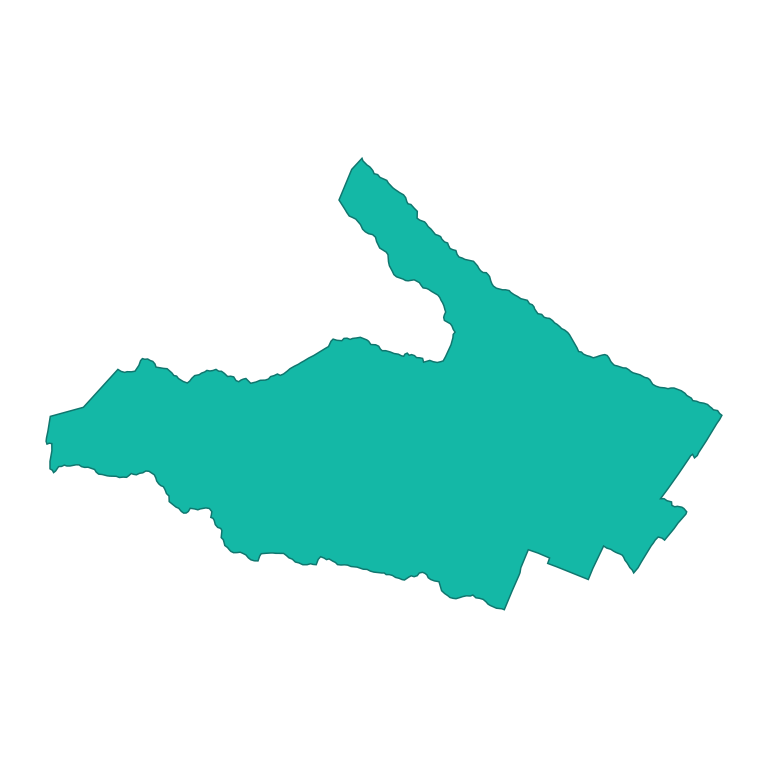 outline of Githunguri, Central, Kenya
{"feature_id": "3690345B4833769757076", "entity_name": "Githunguri", "entity_type": "district", "adm_level": 2, "iso_a3": "KEN", "parent_name": "Kenya", "parent_adm1": "Central", "projection": "albers", "projection_center": [36.787, -1.05], "detail": "fine", "context": "isolated", "style": "filled", "palette": "teal", "viewbox_px": 768, "rotation_deg": 0, "n_neighbors": 0, "source": "geoboundaries", "source_scale": "gbopen_adm2", "svg_char_len": 6105}
<svg xmlns="http://www.w3.org/2000/svg" viewBox="0 0 768 768"><path d="M351.7,169.4L339.0,200.0L344.8,209.1L346.8,212.5L349.2,216.0L352.4,217.4L355.8,219.1L360.5,224.6L362.6,229.2L365.3,231.8L368.6,233.7L372.6,234.6L375.5,237.2L376.6,241.6L379.7,248.0L386.2,252.1L388.0,254.7L388.5,261.8L389.4,265.8L392.3,271.2L393.9,274.6L396.5,276.8L403.1,279.1L405.6,280.5L408.2,280.8L414.2,279.8L419.4,282.6L421.1,285.3L423.1,287.9L426.5,288.4L428.7,289.4L431.4,291.3L437.9,295.1L439.8,297.5L441.1,300.4L442.6,302.8L443.9,305.8L444.9,309.6L445.7,312.0L444.3,315.1L443.7,317.4L444.4,320.4L450.4,323.8L452.0,326.1L453.3,329.5L455.1,332.1L453.2,334.4L452.9,337.8L451.0,344.8L445.6,356.5L443.2,360.9L440.7,361.7L437.3,362.5L433.2,361.7L429.8,360.4L423.6,362.2L422.6,358.4L419.7,357.8L416.5,357.6L414.5,355.6L411.5,354.6L409.2,355.3L407.2,353.1L404.9,354.2L403.7,356.3L401.5,355.8L398.4,354.2L394.0,353.5L390.4,352.0L385.7,350.7L382.2,350.7L380.4,349.1L378.7,346.2L375.7,344.8L370.8,344.5L368.7,341.3L366.8,339.9L360.3,337.3L356.3,338.0L352.7,338.4L350.1,339.4L347.1,338.2L344.0,338.4L341.8,340.7L336.9,340.3L333.1,339.1L331.0,341.2L328.5,346.6L325.5,348.3L313.6,355.6L308.8,358.0L303.7,361.1L301.3,362.4L298.3,364.3L294.4,366.2L290.0,368.7L287.4,371.0L283.5,374.0L280.2,375.4L277.4,374.0L274.1,375.6L270.6,376.6L268.5,379.0L265.3,380.1L260.2,380.3L256.0,382.0L250.7,383.3L245.9,378.5L243.3,379.1L240.9,380.1L238.8,381.7L236.0,380.6L233.7,376.9L230.7,376.2L227.6,376.5L224.4,373.4L221.5,371.3L218.7,371.2L216.0,369.4L212.9,370.5L209.9,371.0L206.9,370.4L204.6,372.0L201.5,373.1L199.2,374.7L194.7,375.6L191.8,378.3L189.7,381.1L187.3,383.0L183.2,381.5L178.4,378.5L176.6,376.1L173.8,375.5L171.9,372.9L167.1,368.7L163.6,368.4L156.0,367.1L155.0,364.0L152.8,361.4L150.2,360.5L147.7,359.0L144.8,359.3L142.4,358.6L140.6,360.6L138.9,365.4L135.0,371.2L131.3,371.8L127.1,371.7L124.7,372.4L121.1,371.4L117.9,369.4L83.4,407.3L50.3,416.4L47.9,431.3L46.5,437.9L46.1,441.3L47.0,444.1L49.3,443.2L51.8,443.6L51.9,450.7L50.0,461.4L50.0,468.8L52.4,470.3L53.6,472.6L55.6,471.0L58.6,466.6L61.6,466.4L64.3,465.1L66.9,466.0L69.9,466.0L76.1,464.8L79.1,464.9L81.5,466.6L84.7,467.4L88.0,467.2L94.6,469.5L96.2,472.1L98.6,474.1L102.2,474.5L107.2,475.8L109.5,476.1L116.3,476.3L119.4,477.5L123.2,477.1L126.6,477.3L129.0,475.5L131.2,473.5L133.5,474.3L136.4,474.8L139.6,473.3L142.8,472.8L145.8,471.0L149.0,471.3L154.3,474.8L155.8,477.9L156.7,481.0L158.7,483.8L160.8,485.6L163.4,486.7L165.0,489.6L166.5,493.6L169.0,496.0L169.2,501.6L176.0,507.1L178.8,508.3L181.3,511.4L183.7,513.1L186.2,513.0L188.3,511.5L190.2,508.3L194.5,508.9L197.9,509.8L200.3,508.9L205.9,507.9L209.4,508.5L211.8,511.6L211.4,514.7L210.8,517.4L213.0,518.3L214.2,520.4L215.3,524.6L217.7,527.4L220.7,528.4L221.9,530.5L221.2,537.6L223.2,539.6L224.0,542.2L224.8,545.5L227.5,547.5L229.2,549.6L230.9,551.4L233.6,552.7L237.1,552.6L240.2,552.2L242.7,553.3L245.9,554.9L248.4,557.9L250.9,559.8L254.3,560.8L258.0,560.9L259.8,555.8L261.3,553.7L265.7,553.3L270.6,553.0L273.1,553.0L275.6,553.3L283.6,553.4L286.4,555.5L288.9,557.8L292.4,559.2L295.3,562.0L298.9,562.9L302.8,564.7L307.2,564.7L310.6,563.7L313.0,564.4L316.2,564.7L318.2,559.4L320.6,556.7L324.2,558.1L326.5,559.6L329.1,558.9L332.7,561.1L335.5,562.5L337.5,564.6L341.0,565.0L344.4,564.8L347.6,565.1L351.0,566.5L357.1,567.1L363.2,569.2L367.1,569.4L370.4,571.1L373.9,572.1L382.0,573.0L384.3,573.0L386.2,574.6L389.4,574.6L392.4,575.4L395.5,577.4L399.1,578.3L402.1,579.6L404.5,580.0L408.8,577.1L411.2,575.8L414.1,576.7L417.2,575.7L419.3,573.0L422.5,572.3L424.9,573.3L426.9,574.9L428.2,577.7L430.7,579.5L434.4,580.9L439.0,581.7L441.6,590.7L444.6,593.5L448.0,595.8L450.0,597.5L453.0,598.3L456.0,598.7L460.0,597.5L462.7,596.6L466.4,595.8L470.3,596.0L472.9,595.0L475.9,597.8L479.5,598.3L483.2,599.4L486.1,601.9L488.0,604.1L490.3,605.5L496.4,608.2L502.0,608.8L504.3,609.7L512.2,590.7L519.0,575.3L520.0,572.7L520.8,567.8L528.3,549.7L538.1,553.1L549.6,558.0L547.7,563.4L557.0,566.9L588.3,579.5L592.8,568.5L603.6,546.0L606.8,548.1L610.8,549.3L613.5,551.1L615.5,552.2L617.8,553.2L620.0,554.0L622.3,555.2L623.7,557.3L625.0,560.3L626.8,562.5L628.5,565.2L629.8,567.5L632.3,570.1L633.7,572.9L638.0,567.8L641.3,562.0L651.2,545.8L653.5,542.8L655.2,540.1L658.2,537.0L662.0,538.1L664.6,540.1L674.0,528.7L677.9,523.2L685.9,514.1L686.7,511.8L683.9,508.5L681.9,507.2L677.4,506.3L674.7,506.8L671.9,505.4L671.5,501.9L667.0,500.7L664.1,498.7L660.5,498.7L667.8,488.9L678.3,474.1L688.9,458.5L690.6,455.8L692.6,454.3L694.5,457.9L697.3,455.5L698.7,452.5L706.2,441.0L716.7,423.7L719.7,419.4L721.9,415.3L719.6,413.5L717.6,410.6L713.4,409.8L711.7,408.0L709.8,406.6L707.6,404.5L703.9,403.2L699.5,402.5L696.8,401.3L692.8,400.6L691.3,398.1L686.8,395.5L685.0,393.3L681.4,390.8L674.0,388.0L671.0,388.0L668.0,388.7L664.9,387.9L659.7,387.4L655.8,386.1L652.7,384.3L649.8,379.7L647.7,378.1L644.7,377.4L640.0,374.8L633.0,372.8L630.7,371.4L628.9,369.8L626.0,368.0L623.2,367.9L617.1,365.9L614.4,365.3L612.5,363.5L610.8,361.5L609.1,358.1L607.2,355.5L604.8,354.6L602.5,355.0L599.2,355.9L596.8,356.8L593.3,357.8L589.9,356.4L586.8,355.6L583.4,354.1L581.5,352.1L578.6,351.5L577.0,347.8L569.4,334.6L567.7,332.5L564.7,330.1L561.6,328.6L559.7,326.6L557.1,324.4L554.6,322.9L552.6,320.6L549.6,318.4L547.0,318.1L544.2,317.3L541.7,314.4L537.9,313.7L534.7,309.1L533.9,306.7L532.2,304.7L529.5,303.7L527.3,300.3L520.9,298.7L517.6,296.5L514.0,294.6L510.8,292.4L509.2,290.6L505.6,289.8L502.5,289.8L496.4,288.2L493.4,286.1L491.9,283.8L490.8,281.0L489.6,276.6L488.1,274.6L486.3,272.7L483.0,272.5L480.6,270.7L478.9,268.5L477.6,266.0L473.5,261.3L464.9,259.4L462.4,258.1L459.0,257.0L457.1,254.4L455.9,250.5L452.8,249.7L450.1,248.5L448.5,245.5L447.6,243.0L444.5,241.9L441.9,239.2L440.6,236.6L438.2,235.4L435.4,234.5L431.0,229.1L428.1,226.6L426.3,223.8L424.6,221.9L419.7,220.1L417.1,218.2L417.3,211.3L414.3,208.3L410.9,204.5L408.0,203.8L406.8,201.6L405.7,197.7L403.5,194.8L399.6,192.6L394.5,189.1L392.6,187.6L388.4,183.1L386.8,180.4L380.0,177.4L377.7,174.6L374.1,173.7L372.9,170.7L371.3,168.6L369.7,166.8L367.0,165.0L362.9,160.8L362.0,158.3L351.7,169.4Z" fill="#14b8a6" stroke="#0f766e" stroke-width="1.5"/></svg>